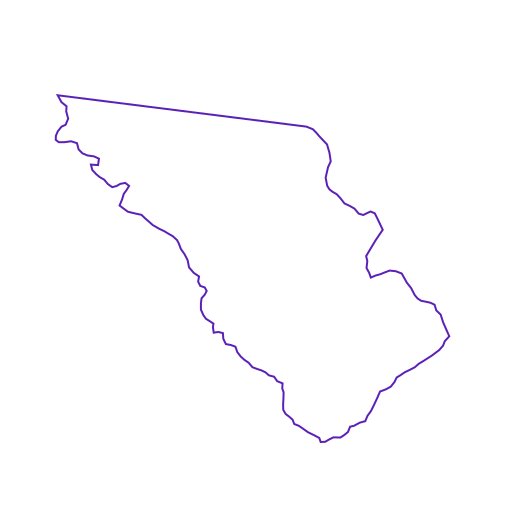 Arenápolis, Mato Grosso, Brazil (Mercator projection), rotated 169°
{"feature_id": "56859067B2572711166571", "entity_name": "Arenápolis", "entity_type": "district", "adm_level": 2, "iso_a3": "BRA", "parent_name": "Brazil", "parent_adm1": "Mato Grosso", "projection": "mercator", "projection_center": [-56.855, -14.504], "detail": "fine", "context": "isolated", "style": "outline", "palette": "violet", "viewbox_px": 512, "rotation_deg": 169, "n_neighbors": 0, "source": "geoboundaries", "source_scale": "gbopen_adm2", "svg_char_len": 2326}
<svg xmlns="http://www.w3.org/2000/svg" viewBox="0 0 512 512"><g transform="rotate(169 256 256)"><path d="M420.0,451.6L417.6,444.1L413.4,439.1L414.7,434.2L414.2,426.6L417.9,421.1L422.2,420.1L426.7,416.3L429.5,412.2L430.4,408.2L427.8,405.3L422.5,404.3L415.6,403.9L410.2,400.9L409.8,394.5L406.8,389.9L402.3,386.9L396.0,384.7L391.6,381.5L393.7,375.4L400.6,377.2L400.3,371.7L397.4,367.0L394.4,363.3L390.4,359.8L387.7,354.9L384.0,351.0L379.6,351.3L375.4,352.7L370.4,352.7L367.2,349.0L370.4,345.5L373.9,342.3L376.7,337.0L380.3,331.6L376.8,327.7L373.3,323.9L366.3,320.7L360.6,318.3L357.5,313.9L354.9,310.6L351.4,306.0L345.6,301.0L341.6,298.1L337.7,294.6L334.0,291.4L330.5,286.7L329.4,283.1L328.4,277.2L325.8,271.4L323.9,265.0L323.9,257.6L320.3,251.3L315.8,246.8L317.7,241.9L316.4,237.3L312.3,234.9L311.1,231.1L313.6,227.9L317.5,224.9L319.1,220.1L320.3,213.8L318.9,207.8L317.1,203.9L314.2,201.2L310.7,197.8L311.9,194.1L312.1,188.8L307.4,188.6L303.2,186.6L303.9,181.0L302.4,175.3L297.6,173.4L293.5,170.9L292.7,165.2L290.2,160.3L287.3,156.4L283.6,152.6L280.7,147.5L276.5,144.9L272.7,142.8L268.9,140.0L266.1,136.4L261.2,134.0L259.1,129.1L254.2,125.9L255.5,121.0L254.9,117.0L256.1,111.6L257.8,104.6L258.6,99.7L257.0,95.2L254.3,92.2L251.3,88.3L250.5,83.8L246.3,81.1L242.3,77.0L238.5,73.0L233.4,69.2L228.6,65.3L228.0,61.1L223.6,60.4L219.4,61.9L214.6,63.2L207.8,61.7L203.6,63.4L199.3,65.7L196.2,70.5L192.3,70.6L185.9,72.6L180.3,73.0L177.0,77.9L172.7,81.9L168.3,87.7L163.8,93.9L160.1,99.3L154.1,100.3L148.7,102.0L144.1,105.9L141.1,109.9L137.0,111.4L132.1,113.5L127.0,114.8L121.3,116.5L116.9,119.1L111.7,121.0L107.7,122.6L102.6,124.6L94.1,128.7L89.5,132.3L86.9,136.4L81.6,140.3L85.0,155.3L85.9,163.2L89.4,168.2L90.0,174.1L93.6,176.8L97.7,178.6L102.4,180.5L105.5,183.5L107.6,187.3L109.9,195.0L113.0,201.0L114.4,205.3L116.3,211.0L121.7,214.4L127.6,216.2L133.4,215.2L137.4,214.4L142.5,214.0L147.4,212.9L148.1,217.8L149.8,223.1L147.7,229.8L147.9,234.9L135.9,248.3L130.1,254.1L126.6,257.5L128.0,263.1L129.9,270.4L131.3,275.3L135.1,277.8L138.8,276.9L142.9,275.8L147.1,278.0L150.3,283.7L154.3,287.2L159.1,290.7L162.1,296.6L165.0,301.3L168.5,304.3L171.2,307.4L172.7,311.3L172.7,319.6L168.3,329.5L164.6,334.6L164.2,343.3L165.0,352.0L171.0,361.4L173.1,365.2L176.0,369.6L181.9,373.4L420.0,451.6Z" fill="none" stroke="#5b21b6" stroke-width="2"/></g></svg>